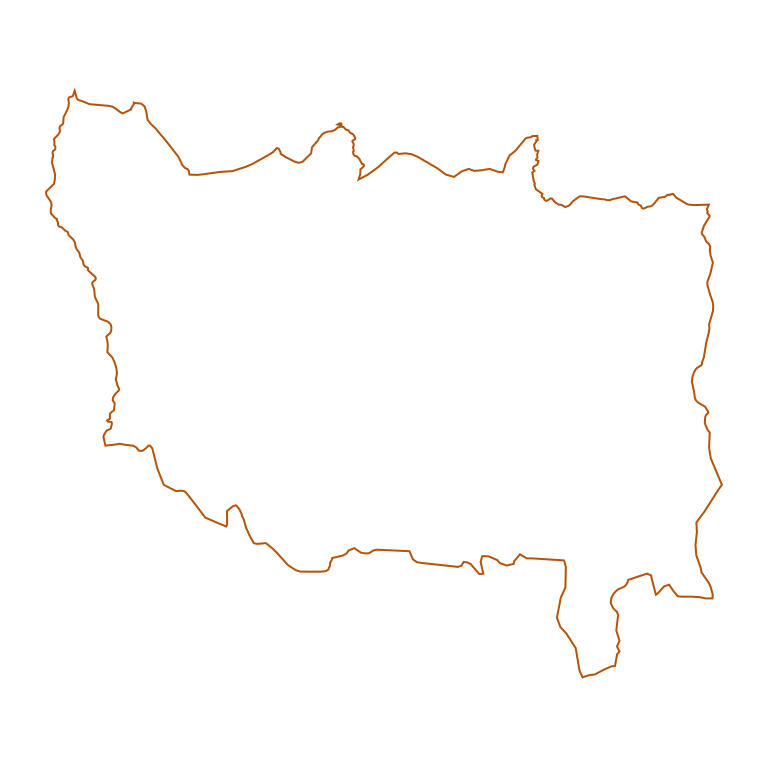 outline of Kapanga, Katanga, Democratic Republic of the Congo
{"feature_id": "63176286B41140464701712", "entity_name": "Kapanga", "entity_type": "district", "adm_level": 2, "iso_a3": "COD", "parent_name": "Democratic Republic of the Congo", "parent_adm1": "Katanga", "projection": "orthographic", "projection_center": [22.662, -8.489], "detail": "fine", "context": "isolated", "style": "outline", "palette": "amber", "viewbox_px": 768, "rotation_deg": 0, "n_neighbors": 0, "source": "geoboundaries", "source_scale": "gbopen_adm2", "svg_char_len": 6041}
<svg xmlns="http://www.w3.org/2000/svg" viewBox="0 0 768 768"><path d="M708.8,204.6L694.9,205.1L689.2,204.7L687.4,204.3L676.0,197.5L675.0,196.1L673.1,193.9L670.2,194.4L669.7,195.0L667.6,194.8L664.9,196.9L658.8,197.8L653.5,204.4L650.9,206.3L647.5,206.8L643.7,208.6L642.2,208.4L640.7,205.5L638.4,204.5L637.5,202.5L631.0,201.4L627.5,198.3L625.0,196.3L610.8,199.6L610.3,200.1L607.1,200.1L603.8,199.2L602.4,199.3L583.9,196.5L579.7,196.3L573.3,200.9L569.5,205.3L565.4,207.1L561.2,204.8L558.5,204.5L554.9,202.1L551.9,198.5L550.5,198.4L547.3,200.6L545.7,200.8L544.2,199.5L544.0,198.0L542.1,197.2L541.6,195.6L542.5,193.9L535.8,189.2L534.4,184.9L534.9,183.8L533.8,181.4L532.3,172.4L534.5,170.9L533.2,169.1L533.1,167.9L533.7,166.6L537.4,164.6L538.5,161.0L536.1,160.2L536.0,159.4L537.5,157.6L537.1,154.9L538.3,150.8L535.4,150.6L534.3,146.5L534.2,144.6L536.4,141.5L536.2,140.3L537.7,140.0L537.3,135.9L532.3,136.1L531.1,137.1L527.1,137.8L525.6,138.5L515.4,150.7L509.4,155.7L505.4,164.1L504.5,167.9L502.8,172.3L498.1,171.8L489.6,168.9L481.3,170.3L474.3,170.9L468.8,168.9L461.8,171.3L454.0,176.9L445.9,174.6L437.4,168.3L417.8,156.9L411.8,154.3L405.5,153.3L400.5,153.8L398.2,153.9L397.0,152.6L394.5,152.6L386.7,159.3L378.4,167.0L367.6,174.8L358.6,179.5L360.3,174.1L360.4,169.4L363.3,166.9L364.0,165.6L363.5,164.3L362.0,164.0L359.5,159.1L357.1,156.5L354.6,155.8L353.6,154.5L353.0,151.9L353.8,150.5L353.0,147.5L353.8,144.9L353.4,143.3L352.3,141.3L353.2,140.2L355.1,139.3L355.3,138.0L353.2,134.3L350.3,132.9L348.4,130.3L346.1,129.7L343.4,127.0L342.1,126.9L341.5,126.4L341.4,123.9L340.9,123.3L339.2,123.4L337.6,124.5L339.6,124.9L340.4,126.8L337.8,127.4L334.9,130.0L331.5,131.3L327.8,131.6L324.0,133.0L322.0,134.5L320.2,137.0L319.1,137.8L318.2,140.1L312.0,147.3L311.1,153.4L302.4,161.9L298.6,162.8L294.5,161.6L285.5,157.0L280.7,153.9L280.6,152.3L278.7,148.7L276.8,148.0L272.9,152.2L268.6,154.9L251.9,164.2L245.5,166.9L232.4,171.1L219.6,172.0L202.9,174.3L197.6,174.9L189.4,174.6L188.8,170.8L187.8,169.3L184.9,167.9L182.1,164.8L180.2,160.4L178.1,156.4L165.2,139.9L162.6,136.8L160.2,134.1L155.7,128.5L153.2,126.2L151.0,124.1L147.5,119.7L146.2,111.1L144.4,106.2L141.1,103.6L135.9,103.1L133.8,102.6L133.8,104.1L131.2,108.2L131.2,109.4L122.8,113.4L120.3,112.2L115.5,108.5L112.8,106.8L108.6,105.8L99.8,105.1L89.8,104.2L88.3,103.7L82.9,101.4L78.2,99.9L76.7,98.3L74.7,90.7L72.8,96.2L69.1,97.4L68.3,99.2L68.9,102.9L68.5,106.3L67.3,109.8L63.6,117.2L63.2,123.0L62.6,124.4L60.0,126.3L59.5,128.0L60.0,131.2L59.2,133.0L58.2,134.6L53.9,139.1L54.4,140.8L54.4,145.3L55.3,146.4L55.3,148.9L54.5,150.1L53.0,151.0L52.5,153.0L53.1,154.9L53.0,157.3L52.6,157.6L51.9,162.5L55.0,174.0L54.9,179.1L54.0,183.8L53.3,184.5L46.3,191.4L46.1,192.6L46.3,194.6L47.0,196.0L51.2,202.2L51.2,203.5L51.6,204.7L50.7,211.0L51.1,213.7L52.5,215.1L54.9,217.8L57.0,219.1L56.7,220.3L57.9,222.0L58.1,225.4L59.5,226.8L61.5,227.1L65.0,230.5L67.7,231.9L68.6,235.1L73.0,239.3L74.9,242.3L75.5,246.4L76.6,249.1L79.3,252.7L80.3,257.0L82.8,260.7L83.6,264.8L84.9,266.3L87.8,267.7L88.2,270.6L94.9,276.5L95.8,278.1L95.5,279.7L92.7,282.0L92.1,283.6L94.2,289.2L94.9,297.0L97.7,302.8L98.3,305.1L98.2,315.3L98.7,316.8L99.2,317.7L100.1,318.7L108.1,321.8L110.4,324.0L111.1,325.7L111.4,327.8L111.1,331.1L110.1,333.1L106.3,336.5L107.5,341.9L107.8,345.6L107.4,352.3L112.3,357.4L114.6,362.3L116.5,368.9L117.0,373.2L115.8,379.4L117.5,385.6L119.0,388.7L118.8,390.5L115.3,393.9L113.1,397.4L112.7,400.2L114.7,403.4L114.0,410.1L110.5,413.0L109.8,414.2L110.0,418.4L109.4,419.2L107.5,419.9L107.1,420.7L107.9,421.6L111.3,421.9L111.8,422.6L111.7,425.3L110.9,426.6L111.0,427.9L110.3,428.9L106.6,430.6L104.0,434.8L103.5,437.0L105.4,445.6L113.3,444.8L119.8,443.8L125.9,444.9L133.1,445.7L136.2,447.4L139.1,450.8L142.2,450.9L145.5,448.7L148.4,445.6L150.1,445.7L152.3,448.4L157.5,469.0L163.8,484.9L176.0,491.1L180.7,490.7L183.8,491.0L186.0,492.6L189.0,496.3L198.8,509.0L205.3,517.6L218.7,523.4L223.7,525.4L226.0,526.5L227.1,524.7L227.1,518.6L227.0,511.1L232.8,506.3L235.7,505.3L237.0,506.2L239.4,509.3L241.7,514.2L241.8,515.6L243.9,519.7L245.9,527.3L249.6,535.6L253.8,543.2L257.2,543.9L265.9,543.1L273.2,549.1L276.4,552.3L288.1,565.2L295.7,570.1L300.0,571.6L320.6,571.7L326.1,571.1L328.6,569.3L328.9,567.7L329.8,566.4L330.1,562.9L331.8,559.9L332.2,558.0L342.7,555.6L346.6,553.4L348.6,550.5L354.2,548.1L361.0,552.7L365.3,553.4L368.8,553.3L373.5,550.4L376.8,549.7L409.5,551.2L412.9,559.3L416.9,562.2L422.2,563.0L457.9,566.9L461.5,565.7L463.6,562.0L467.2,562.4L470.7,564.1L479.3,574.1L483.3,573.7L480.6,561.9L482.3,556.1L488.8,556.4L497.5,560.2L499.7,563.0L506.9,565.6L510.5,564.6L513.6,564.0L514.2,561.2L520.0,554.3L521.3,555.2L526.9,558.4L532.4,558.4L563.9,560.4L564.6,562.0L565.8,567.0L565.4,587.4L560.8,597.7L556.9,617.7L560.4,627.1L566.3,633.4L575.7,648.1L579.5,670.7L582.6,677.3L589.4,675.1L594.7,674.5L603.6,669.8L611.3,666.4L615.0,666.1L617.1,654.3L619.5,651.5L617.0,646.4L619.5,640.8L616.3,630.5L618.1,615.1L617.1,612.2L613.3,608.3L611.8,605.6L610.7,602.6L611.4,597.8L613.8,593.6L615.8,591.3L618.0,589.4L623.8,586.9L625.8,585.2L627.5,582.6L628.2,579.9L647.1,573.6L651.2,575.5L651.8,579.0L655.9,594.7L657.4,593.7L664.2,586.3L669.1,584.7L673.8,591.6L677.8,596.3L682.8,596.7L692.4,596.7L699.2,597.1L705.7,598.4L712.5,598.4L712.7,594.3L710.5,586.5L708.7,582.7L701.5,572.4L700.8,568.3L696.3,555.3L695.5,544.9L696.9,532.0L696.4,522.5L699.1,518.7L703.9,512.4L718.2,490.0L721.9,484.8L710.8,458.4L709.1,447.8L709.7,432.6L707.7,430.0L705.7,425.7L704.8,422.7L705.2,417.0L706.0,415.2L708.3,412.8L708.2,411.7L705.0,406.6L698.0,402.5L695.6,399.9L694.8,397.4L694.2,392.5L691.9,381.6L692.5,376.9L693.8,372.8L695.5,369.6L697.2,367.8L701.3,365.3L702.2,363.5L701.9,362.7L703.9,357.3L706.3,342.2L708.9,332.2L709.4,328.1L709.1,324.4L713.0,310.8L713.2,305.9L712.7,302.0L710.0,294.3L707.4,284.9L707.3,282.0L710.3,273.9L712.9,262.6L710.6,255.7L709.8,250.0L710.2,246.7L709.0,244.0L706.3,241.7L704.3,236.8L701.9,234.0L701.7,232.7L703.9,225.9L709.3,217.0L709.7,215.8L707.2,213.1L707.7,211.6L706.9,209.3L708.8,204.6Z" fill="none" stroke="#b45309" stroke-width="2"/></svg>